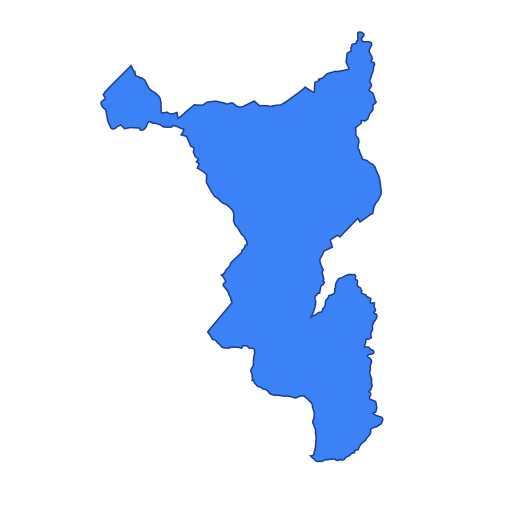 Tepemaxalco, Puebla, Mexico (Mercator projection), rotated 174°
{"feature_id": "50627088B24654938868553", "entity_name": "Tepemaxalco", "entity_type": "district", "adm_level": 2, "iso_a3": "MEX", "parent_name": "Mexico", "parent_adm1": "Puebla", "projection": "mercator", "projection_center": [-98.635, 18.743], "detail": "fine", "context": "isolated", "style": "filled", "palette": "blue", "viewbox_px": 512, "rotation_deg": 174, "n_neighbors": 0, "source": "geoboundaries", "source_scale": "gbopen_adm2", "svg_char_len": 6109}
<svg xmlns="http://www.w3.org/2000/svg" viewBox="0 0 512 512"><g transform="rotate(174 256 256)"><path d="M120.5,396.2L120.7,397.7L121.2,398.0L121.7,401.6L122.8,405.7L126.5,409.0L123.4,413.2L123.5,415.4L124.5,416.9L124.6,418.2L119.9,428.6L119.4,431.3L118.8,432.9L117.9,434.3L118.4,436.1L120.1,436.5L121.2,438.1L119.7,440.0L120.1,442.5L122.1,447.1L121.8,449.2L119.0,453.6L118.9,456.0L121.9,457.5L124.8,457.5L128.1,458.4L128.4,461.1L125.6,464.0L125.5,465.4L127.6,467.5L130.2,468.0L131.2,467.7L131.8,465.2L132.0,459.6L133.6,459.1L133.9,457.0L137.4,456.7L138.6,456.1L138.9,454.6L139.9,452.9L139.9,450.0L144.2,448.1L146.1,439.2L144.2,433.8L144.4,431.9L156.4,430.9L157.4,431.4L166.2,429.9L171.3,425.9L175.2,425.3L174.6,424.0L179.3,422.5L180.8,413.4L181.2,412.6L185.2,415.2L189.5,418.9L191.6,417.1L197.5,413.4L209.7,406.4L215.8,403.5L219.6,403.8L226.4,403.2L228.4,404.1L234.9,405.0L236.6,405.0L241.6,410.3L253.3,406.0L256.5,405.7L259.3,406.7L263.2,410.6L264.7,410.8L269.0,410.1L271.3,411.3L279.7,414.2L284.9,414.2L288.8,414.0L293.2,411.6L298.6,412.2L301.4,412.9L310.3,407.0L316.2,402.5L319.3,401.3L319.6,407.0L324.1,406.0L326.8,406.4L329.7,408.4L333.8,407.9L335.2,408.6L334.5,418.9L334.9,422.7L336.3,425.6L339.8,429.3L342.5,431.2L344.7,433.5L348.2,442.5L351.1,445.1L352.4,445.0L353.3,446.1L354.6,446.9L356.5,447.4L356.9,447.8L357.3,451.9L357.7,451.4L358.4,452.7L360.3,458.4L383.3,439.8L388.9,435.0L391.1,432.3L389.5,429.2L389.6,428.0L390.0,427.4L391.1,427.3L394.1,425.1L394.1,423.3L393.0,420.1L390.1,417.0L389.3,405.5L386.9,398.5L385.8,397.4L383.9,397.2L381.6,398.2L380.4,399.5L379.5,399.5L377.0,400.4L376.0,399.8L373.5,396.3L367.8,396.9L358.7,395.5L358.1,393.5L356.6,393.1L354.6,393.4L352.2,395.2L349.6,400.1L347.6,400.8L344.7,398.8L342.5,398.7L337.4,396.4L334.5,394.0L327.9,393.0L326.4,393.2L324.9,394.3L322.1,393.6L316.7,390.5L314.6,389.7L315.2,387.7L317.8,384.3L312.6,382.3L309.3,371.8L306.8,370.6L306.5,368.4L307.5,365.9L305.9,360.9L303.5,359.2L303.6,357.8L305.4,355.9L302.9,353.7L305.2,349.6L299.4,345.2L296.5,342.0L297.7,334.5L293.5,324.2L290.8,319.5L287.8,317.3L286.3,315.0L283.8,312.4L280.0,310.1L278.6,308.9L274.8,304.2L274.0,302.2L273.7,299.4L274.7,293.2L273.2,288.4L271.6,286.6L268.0,278.9L266.2,277.2L265.3,275.3L264.9,273.7L263.9,272.5L263.5,268.2L265.6,267.8L266.9,264.9L269.7,262.7L269.9,261.0L281.8,251.8L283.2,248.8L287.9,244.7L288.6,243.0L290.8,241.4L292.5,240.7L290.8,238.9L288.7,233.6L291.2,231.9L291.7,230.0L287.9,224.1L287.3,222.5L286.8,220.0L285.7,217.5L285.4,214.6L284.7,212.1L312.0,185.7L311.5,184.4L310.4,183.1L307.9,177.5L305.1,176.6L303.4,173.8L300.6,170.8L299.3,168.8L297.5,168.0L293.6,167.3L291.5,167.4L290.4,168.0L282.3,166.9L280.3,165.7L279.3,166.4L278.6,168.1L275.6,167.9L273.8,167.2L273.3,166.1L272.5,165.1L268.4,164.5L267.4,163.2L267.4,160.5L267.8,158.2L268.5,156.6L269.7,151.1L269.8,148.4L270.8,146.4L273.0,143.4L273.1,141.4L272.5,139.8L272.2,133.8L273.0,132.8L271.2,132.0L270.8,129.8L268.4,126.8L267.2,125.8L264.5,124.7L262.9,122.9L260.3,122.3L258.1,120.1L256.9,117.9L256.0,117.1L252.5,115.7L247.3,115.0L243.4,113.8L238.9,113.3L234.2,111.9L232.7,110.9L230.8,110.8L230.8,111.0L226.4,112.1L223.0,111.8L220.2,109.0L216.6,104.6L215.4,102.0L215.7,100.1L215.0,97.2L214.5,93.6L215.0,89.9L217.0,85.0L217.0,84.1L216.6,83.4L215.8,79.7L214.9,77.7L215.3,74.1L215.1,69.1L216.9,59.6L219.4,52.4L220.5,51.6L222.7,51.5L220.8,49.1L219.2,47.9L218.2,46.2L216.5,45.2L211.6,44.9L209.3,46.0L200.0,46.0L198.6,45.6L197.6,44.4L195.3,44.2L192.9,44.9L191.8,44.0L189.9,44.2L187.9,46.3L183.5,47.9L182.0,49.5L180.7,49.9L178.7,50.0L178.1,51.9L177.4,52.6L174.6,52.7L173.7,54.7L172.3,56.8L170.7,58.4L166.3,61.3L165.0,63.2L161.6,66.2L160.2,69.1L160.4,71.2L159.4,72.2L157.3,73.0L153.3,73.7L152.2,74.7L149.7,75.5L148.2,77.0L148.3,78.0L147.3,79.1L147.0,80.2L147.5,82.3L153.0,84.8L154.3,85.6L156.0,87.2L155.3,87.9L153.5,88.1L153.2,88.4L151.7,92.5L152.1,98.5L152.6,99.1L157.4,101.5L157.8,102.2L157.9,103.4L157.9,104.3L156.6,105.5L156.3,107.1L157.1,108.8L157.8,109.2L157.0,110.5L155.8,111.0L154.0,115.0L154.5,117.9L154.0,120.4L154.0,122.8L155.1,126.3L155.1,128.7L154.0,131.0L154.1,134.6L152.8,137.0L152.0,139.9L152.5,141.1L153.8,142.7L154.9,143.4L155.7,144.6L154.8,145.8L153.8,146.2L151.4,146.2L149.5,146.9L148.9,147.8L149.0,149.2L149.8,150.2L151.7,150.9L153.6,153.7L157.3,154.1L157.6,154.9L155.8,159.1L155.5,161.3L154.8,161.6L152.4,161.6L150.6,162.2L149.8,163.0L150.2,166.0L149.2,168.6L148.3,169.4L147.7,170.9L147.7,173.7L147.1,175.5L145.6,178.1L143.4,180.5L142.1,183.0L142.1,184.4L142.8,186.0L144.3,186.5L144.7,186.8L144.9,187.4L142.9,189.2L142.8,190.1L143.5,192.0L143.8,194.2L143.4,195.2L143.1,196.9L144.4,197.2L146.4,197.1L147.2,198.1L147.2,199.0L146.3,200.9L146.4,201.7L150.3,204.3L150.6,205.5L151.1,206.0L154.6,207.7L155.0,208.2L155.0,208.9L154.3,210.3L155.2,211.7L155.3,213.3L157.1,214.5L158.2,216.0L158.3,217.5L157.8,219.3L157.7,221.0L158.0,221.5L159.4,222.0L159.7,222.4L158.9,225.8L159.5,226.3L159.9,227.3L160.9,227.2L165.4,228.0L169.7,226.8L173.6,225.2L174.8,225.2L176.4,224.6L178.5,222.0L180.0,219.1L180.2,217.8L179.9,216.8L180.2,216.0L180.9,215.7L181.3,214.8L181.2,212.5L182.0,210.9L183.0,210.0L187.9,208.9L188.2,207.5L191.5,204.1L192.3,199.7L192.9,198.4L195.0,196.5L196.1,194.0L197.1,193.4L199.6,193.3L201.9,191.8L207.6,189.6L204.6,194.5L202.4,199.6L201.4,204.2L201.8,208.2L201.4,209.6L199.4,211.1L198.1,212.6L196.7,212.2L194.6,219.3L192.0,220.7L190.6,222.7L191.8,223.9L191.0,225.7L191.9,232.9L190.6,235.3L191.8,238.5L192.9,243.0L192.8,246.2L190.2,249.7L187.9,253.8L179.1,256.8L180.5,264.3L172.6,268.2L170.6,266.2L150.7,282.9L149.1,278.9L137.0,285.8L135.5,285.8L133.6,292.8L131.5,295.8L128.5,299.0L125.2,304.3L124.7,307.9L124.9,317.7L125.2,321.1L126.0,324.3L127.5,328.4L128.1,331.6L130.3,335.0L133.1,336.7L135.6,339.4L139.6,340.9L140.4,342.5L140.4,343.5L142.0,348.2L142.2,350.5L143.3,352.4L142.6,356.1L141.6,359.0L141.9,362.3L143.8,365.1L144.1,367.0L143.7,369.2L143.5,373.3L138.0,376.7L137.5,377.2L137.3,379.2L137.0,379.6L135.3,379.6L134.4,379.1L133.2,378.9L130.6,380.5L128.1,385.7L125.0,388.3L124.3,389.6L124.0,393.3L123.2,394.3L120.5,396.2Z" fill="#3b82f6" stroke="#1e3a8a" stroke-width="1.5"/></g></svg>